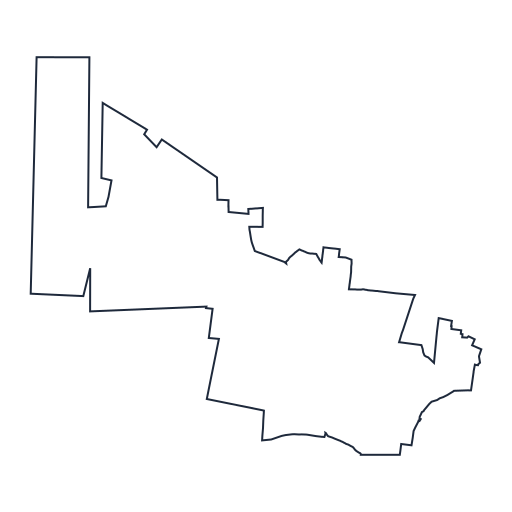 Halachó, Yucatán, Mexico (orthographic projection)
{"feature_id": "50627088B14474633080003", "entity_name": "Halachó", "entity_type": "district", "adm_level": 2, "iso_a3": "MEX", "parent_name": "Mexico", "parent_adm1": "Yucatán", "projection": "orthographic", "projection_center": [-90.126, 20.586], "detail": "fine", "context": "isolated", "style": "outline", "palette": "slate", "viewbox_px": 512, "rotation_deg": 0, "n_neighbors": 0, "source": "geoboundaries", "source_scale": "gbopen_adm2", "svg_char_len": 4281}
<svg xmlns="http://www.w3.org/2000/svg" viewBox="0 0 512 512"><path d="M472.7,378.5L473.6,372.0L473.6,371.5L474.9,364.6L475.9,364.9L476.1,365.0L478.0,365.2L478.3,364.2L480.0,362.7L479.0,356.6L479.1,355.8L481.3,349.3L472.1,345.3L474.7,339.3L468.5,336.3L467.2,337.6L462.2,337.3L462.3,336.4L462.5,334.2L461.4,334.0L460.8,333.8L461.2,330.3L451.4,329.0L451.6,326.1L451.1,326.0L451.9,320.9L438.7,318.1L437.2,329.8L436.9,332.3L436.8,333.6L436.5,336.4L434.0,362.9L431.5,360.5L431.4,360.4L428.1,357.3L426.2,356.6L424.5,355.5L423.2,352.3L422.7,349.1L421.4,345.1L418.2,344.7L399.3,342.2L399.1,342.2L401.8,333.1L403.0,330.0L413.0,299.5L413.4,298.4L415.0,295.0L395.8,293.3L378.4,291.2L377.6,291.0L377.2,291.0L376.1,291.0L375.0,290.9L372.4,290.6L370.6,290.5L369.9,290.4L367.7,290.2L367.2,290.0L366.8,289.9L366.0,289.8L365.1,289.7L363.7,289.3L363.1,289.3L362.5,289.3L361.8,289.5L361.0,289.6L360.5,289.6L359.6,289.6L358.9,289.6L357.2,289.6L355.9,289.5L355.3,289.4L352.5,289.4L351.9,289.3L351.2,289.4L349.2,289.3L348.9,289.3L348.9,289.1L349.1,287.9L349.4,285.6L349.6,283.8L349.7,283.5L349.9,281.9L349.9,281.7L350.6,276.7L350.8,274.5L351.1,272.2L351.2,266.5L351.6,263.6L351.5,259.7L348.9,258.7L345.7,257.5L344.8,257.4L342.4,257.3L342.3,257.2L342.1,257.2L339.9,257.1L338.7,257.0L338.9,255.8L339.1,253.6L339.4,251.4L339.7,249.2L336.4,248.8L335.8,248.7L332.5,248.4L328.8,248.0L326.7,247.7L324.5,247.5L323.5,247.3L323.4,248.3L323.2,249.4L323.1,250.5L323.0,251.7L322.8,252.8L322.7,253.9L322.5,255.0L322.4,256.1L322.3,257.2L322.1,258.3L322.0,259.4L321.9,260.5L321.6,262.7L321.2,262.2L320.8,261.5L320.2,260.7L319.8,260.2L319.7,260.1L318.6,258.1L318.0,257.1L317.8,256.9L317.5,256.2L317.3,255.9L316.6,254.6L316.3,254.0L315.7,253.9L315.4,253.8L314.7,253.8L314.0,253.8L313.7,253.7L312.7,253.6L312.2,253.5L311.7,253.5L310.6,253.5L310.2,253.5L309.7,253.4L309.1,253.3L308.6,253.2L307.2,252.8L305.9,252.2L305.1,251.8L304.9,251.7L304.3,251.5L304.0,251.4L303.4,251.1L303.0,250.9L301.7,250.5L300.3,249.8L299.4,249.4L298.2,250.3L297.4,250.8L296.4,251.7L296.1,251.9L295.4,252.3L294.1,253.6L293.9,253.8L291.7,255.8L291.3,256.1L290.6,256.6L289.2,258.0L288.8,258.6L288.4,259.4L288.0,260.0L285.9,261.9L286.2,263.5L285.3,262.8L284.8,262.2L284.2,261.9L263.5,254.2L260.9,253.2L259.8,252.9L258.8,252.5L258.4,252.4L257.7,252.1L256.6,251.7L255.6,251.3L254.8,251.0L253.8,248.1L253.1,246.2L252.4,244.2L251.8,242.4L251.2,239.9L250.6,236.3L249.9,231.8L249.5,229.8L249.3,226.8L252.6,226.8L256.7,226.8L260.1,226.9L262.6,226.9L262.7,222.9L262.7,219.7L262.7,215.5L262.8,211.2L262.8,209.6L262.9,207.9L259.1,208.2L257.0,208.4L255.9,208.4L254.8,208.5L253.7,208.6L252.7,208.7L251.6,208.8L250.5,208.8L249.4,208.9L248.3,209.0L248.4,211.2L248.5,212.9L248.5,213.5L248.5,213.9L228.6,212.0L228.5,206.3L228.4,206.3L228.5,200.2L228.4,200.2L220.7,199.8L217.4,199.8L217.0,177.5L161.8,139.5L156.6,147.2L144.2,134.3L147.0,129.7L112.2,108.7L106.7,105.4L102.7,102.9L101.4,178.0L111.5,180.4L108.5,196.9L105.8,206.3L92.4,207.1L88.1,207.3L89.4,57.3L36.6,57.2L30.7,293.7L83.3,296.1L90.2,268.2L90.1,311.4L206.4,306.6L206.0,308.1L212.6,308.8L208.8,338.0L218.9,338.9L209.8,384.0L206.8,399.0L263.1,410.4L263.9,410.6L263.8,412.8L263.3,420.4L263.0,428.2L262.4,435.3L262.1,440.4L271.2,439.5L281.7,435.9L285.4,435.1L292.0,434.3L294.2,434.2L299.2,434.5L301.5,434.4L304.4,434.5L306.7,434.6L309.8,435.1L315.9,436.1L317.5,436.3L321.0,436.7L321.5,436.8L322.3,436.8L323.2,436.9L324.4,437.0L325.5,433.6L325.4,432.8L326.0,433.2L326.8,434.6L328.1,436.2L329.6,436.7L332.1,437.5L334.6,438.6L337.1,439.6L338.6,440.2L340.0,440.7L341.5,441.5L342.2,441.7L343.5,442.4L343.7,442.6L344.5,442.9L345.0,443.2L346.1,443.9L348.3,444.6L350.7,446.0L351.8,446.5L352.9,447.1L354.3,448.7L354.8,449.6L355.2,449.9L355.5,450.1L356.1,450.8L358.4,452.3L358.9,452.6L359.1,452.7L360.3,453.3L360.5,453.6L360.9,454.1L360.8,454.8L399.8,454.8L400.3,451.2L401.2,444.0L411.5,445.3L412.7,437.9L413.6,431.0L415.3,427.4L418.0,422.2L418.6,420.6L419.5,421.0L420.1,419.8L420.3,419.8L420.7,419.1L419.5,418.6L419.7,416.8L420.3,415.5L420.4,415.4L421.9,412.1L423.5,411.2L423.9,410.6L424.2,410.0L429.3,403.9L431.6,401.7L437.2,400.0L439.7,398.3L442.9,397.2L443.0,397.2L447.4,395.0L451.1,392.7L452.8,391.7L454.0,390.8L468.7,390.3L468.9,390.4L471.0,390.4L472.7,378.5Z" fill="none" stroke="#1e293b" stroke-width="2"/></svg>